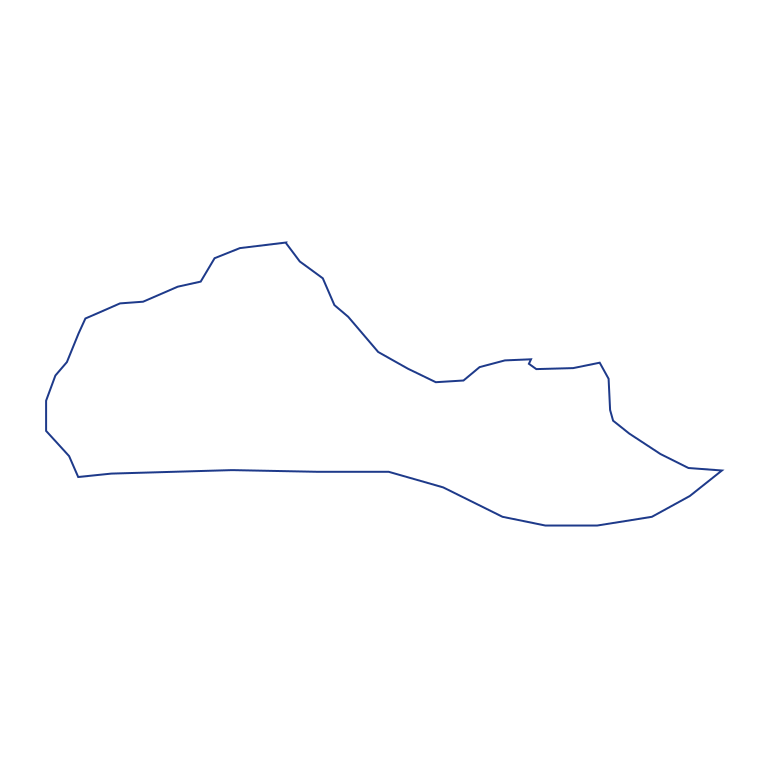 the district of Ystad, Skåne, Sweden
{"feature_id": "70781695B99189289928954", "entity_name": "Ystad", "entity_type": "district", "adm_level": 2, "iso_a3": "SWE", "parent_name": "Sweden", "parent_adm1": "Skåne", "projection": "natural_earth1", "projection_center": [13.95, 55.495], "detail": "fine", "context": "isolated", "style": "outline", "palette": "blue", "viewbox_px": 768, "rotation_deg": 0, "n_neighbors": 0, "source": "geoboundaries", "source_scale": "gbopen_adm2", "svg_char_len": 719}
<svg xmlns="http://www.w3.org/2000/svg" viewBox="0 0 768 768"><path d="M531.0,359.3L504.9,360.4L479.6,367.1L463.5,380.5L435.8,382.2L408.1,368.8L378.2,352.0L348.2,316.8L334.4,305.1L322.8,278.3L299.8,261.5L286.0,243.1L286.2,242.5L239.9,248.1L214.6,258.2L200.7,281.6L177.7,286.7L143.1,301.7L120.0,303.4L107.7,308.8L85.4,318.5L78.5,333.6L66.9,362.1L55.4,375.5L46.1,400.7L46.1,430.9L69.1,456.1L78.2,477.0L111.3,473.6L232.2,470.1L317.6,471.8L388.7,471.8L443.2,487.4L502.5,516.8L545.2,525.5L597.4,525.5L651.9,516.8L689.8,496.0L721.9,470.5L688.4,468.0L660.4,454.0L629.3,433.6L613.1,420.7L610.1,410.0L608.6,378.8L599.7,362.7L573.2,368.1L536.3,369.1L528.9,363.8L531.0,359.3Z" fill="none" stroke="#1e3a8a" stroke-width="2"/></svg>